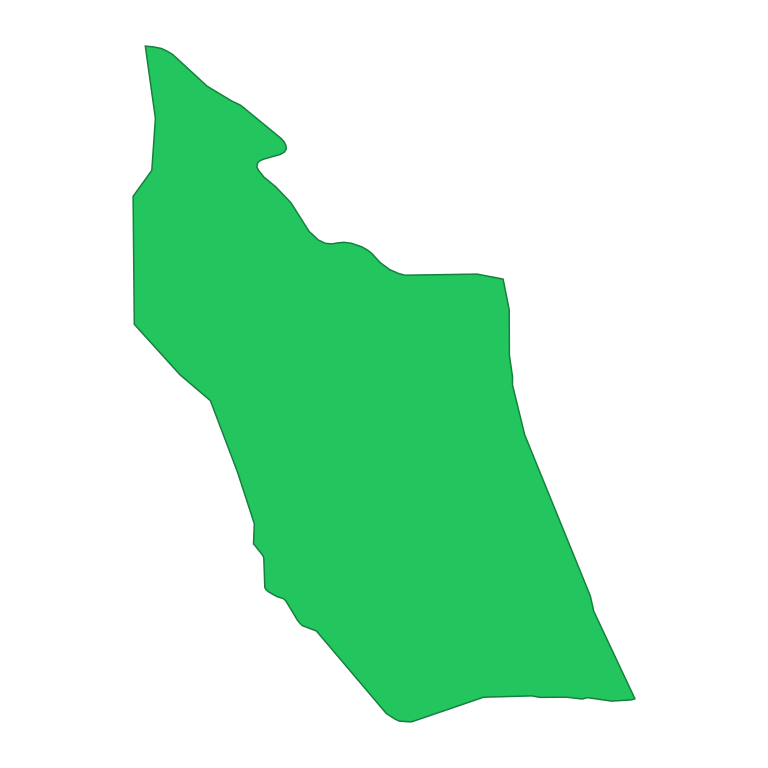 Eastern Darfur, Albers equal-area conic projection
{"feature_id": "SDN-5857", "entity_name": "Eastern Darfur", "entity_type": "State", "adm_level": 1, "iso_a3": "SDN", "parent_name": "Sudan", "parent_adm1": "", "projection": "albers", "projection_center": [26.343, 11.27], "detail": "fine", "context": "isolated", "style": "filled", "palette": "green", "viewbox_px": 768, "rotation_deg": 0, "n_neighbors": 0, "source": "natural_earth", "source_scale": "10m", "svg_char_len": 1290}
<svg xmlns="http://www.w3.org/2000/svg" viewBox="0 0 768 768"><path d="M410.0,721.9L399.2,721.1L394.6,718.9L386.4,713.6L351.4,672.3L316.4,631.0L302.2,625.6L299.5,622.8L297.3,620.0L286.3,601.7L285.2,600.2L284.5,599.6L283.3,598.6L282.8,598.4L277.8,596.9L275.0,595.6L268.3,591.7L266.9,590.5L265.7,589.2L265.2,588.3L264.8,587.3L263.8,558.2L263.5,557.1L263.2,556.3L262.2,554.7L254.2,544.6L253.5,544.1L254.3,523.7L237.4,471.8L210.4,400.7L179.9,374.7L134.3,324.3L133.1,196.3L151.8,170.4L155.4,118.5L145.3,46.1L153.6,46.9L161.5,48.5L167.6,51.4L172.7,54.5L207.1,86.2L231.7,101.0L240.7,105.3L280.8,138.2L284.0,141.7L285.9,145.3L286.3,149.0L284.4,152.0L280.6,154.3L264.1,159.0L260.4,160.5L258.5,161.9L257.5,163.5L256.8,167.0L258.8,170.6L263.9,177.1L275.6,186.7L290.9,202.7L309.1,231.4L318.5,240.1L325.3,243.3L332.0,243.9L337.7,242.9L343.9,242.3L351.6,243.3L362.2,247.0L368.4,250.7L372.0,253.7L380.1,262.5L389.5,269.5L398.1,273.3L404.9,275.2L477.1,274.1L503.1,279.1L509.2,309.7L509.4,355.2L512.5,376.6L512.5,384.7L512.6,385.4L524.7,434.8L590.3,595.9L593.8,611.3L621.8,670.9L634.9,698.7L633.0,699.5L629.9,700.0L611.6,701.1L587.8,697.7L586.7,697.8L582.9,698.9L581.8,699.0L566.7,697.2L540.2,697.4L531.7,695.9L483.6,697.2L412.0,721.7L410.0,721.9Z" fill="#22c55e" stroke="#15803d" stroke-width="1.5"/></svg>